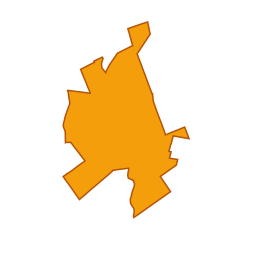 Lehliu, Calarasi, Romania, rotated 320°
{"feature_id": "2599482B77078336789858", "entity_name": "Lehliu", "entity_type": "district", "adm_level": 2, "iso_a3": "ROU", "parent_name": "Romania", "parent_adm1": "Calarasi", "projection": "natural_earth1", "projection_center": [26.817, 44.478], "detail": "fine", "context": "isolated", "style": "filled", "palette": "amber", "viewbox_px": 256, "rotation_deg": 320, "n_neighbors": 0, "source": "geoboundaries", "source_scale": "gbopen_adm2", "svg_char_len": 3772}
<svg xmlns="http://www.w3.org/2000/svg" viewBox="0 0 256 256"><g transform="rotate(320 128 128)"><path d="M75.0,200.3L81.1,200.9L119.7,204.1L121.6,185.9L141.4,187.5L141.8,187.0L142.7,186.3L145.7,184.1L145.8,184.0L144.2,182.2L143.9,181.9L143.7,181.8L143.6,181.6L143.1,180.9L140.3,177.7L145.7,174.0L144.3,172.4L144.3,172.2L150.0,168.2L150.4,168.1L152.4,166.8L157.6,163.1L167.9,175.4L172.0,163.7L164.4,161.3L158.8,159.4L152.3,157.4L153.3,155.0L153.8,153.7L154.0,153.2L154.3,152.3L154.5,151.7L154.9,150.7L155.4,149.2L156.1,147.1L156.9,145.1L158.1,141.4L161.0,133.2L164.6,123.7L168.8,117.5L168.3,117.3L169.5,114.4L170.3,111.9L174.6,99.8L175.8,96.5L175.8,96.4L178.2,89.7L179.0,87.6L180.3,83.6L182.1,78.7L182.6,77.3L182.7,77.1L183.6,76.8L197.1,72.8L201.3,71.5L202.9,71.1L204.5,70.6L205.0,70.5L205.3,70.4L205.8,69.4L207.3,66.6L208.9,63.7L211.2,59.4L209.2,58.6L206.6,57.5L204.8,56.8L203.1,56.1L201.3,55.4L198.5,54.4L196.7,53.7L195.6,53.3L194.0,52.7L192.3,52.0L191.6,51.9L191.2,52.9L190.6,54.3L190.3,55.1L188.4,59.3L187.2,61.9L184.5,67.9L184.4,67.8L172.7,65.0L168.1,64.0L168.0,63.9L166.9,64.2L165.9,64.5L164.3,65.0L162.4,65.5L159.8,66.2L157.7,66.8L155.8,67.3L154.5,67.7L154.2,67.8L152.3,68.6L149.5,69.7L148.6,70.2L147.4,70.6L147.2,70.7L146.8,71.0L146.5,71.3L146.6,68.2L146.6,66.7L146.6,66.0L146.6,65.2L147.1,64.5L147.9,63.4L148.4,62.6L149.1,61.6L149.4,61.4L150.6,60.6L151.5,60.0L152.5,59.4L153.6,58.7L153.9,57.2L149.3,56.0L145.6,55.0L144.5,54.8L144.5,54.7L144.5,54.9L144.6,55.7L144.6,56.1L143.7,55.9L137.3,54.4L129.4,52.6L128.9,54.1L127.3,59.0L126.6,61.2L125.8,63.8L124.9,66.6L124.1,68.9L123.0,72.4L122.1,75.3L121.6,76.8L121.4,77.1L114.1,69.1L109.9,64.6L106.0,60.4L105.7,60.5L105.6,61.0L105.5,61.6L105.4,61.7L104.8,62.8L103.9,64.2L103.2,65.4L102.8,65.9L101.9,67.4L101.6,67.9L100.8,69.2L100.2,70.3L99.5,71.4L99.4,71.6L99.2,71.8L97.5,72.9L96.2,73.5L94.8,74.4L90.6,76.8L88.7,77.9L88.3,78.1L86.6,79.4L85.3,80.3L84.7,80.8L84.4,81.0L82.3,82.5L80.9,83.5L80.7,83.7L79.8,84.8L79.6,85.1L79.4,85.4L79.3,85.5L79.1,86.2L78.6,87.5L78.2,88.8L77.7,90.0L77.6,90.3L77.4,90.7L77.1,91.0L76.8,91.4L76.7,91.5L75.7,92.8L75.1,93.5L74.4,94.4L73.8,95.1L73.2,95.8L72.2,97.1L71.6,97.8L70.6,99.1L71.0,99.2L71.3,99.3L71.7,99.6L72.2,100.0L73.1,100.7L73.6,101.1L73.9,101.4L74.9,102.2L74.8,104.3L74.7,106.7L74.5,110.0L74.5,111.9L74.4,114.0L74.3,116.2L74.1,120.3L74.0,121.9L73.9,123.5L73.9,125.4L73.8,125.5L73.6,125.6L72.3,125.5L69.6,125.2L66.9,125.0L57.1,124.5L56.9,124.4L55.5,124.3L53.4,124.1L52.2,123.9L51.7,123.6L51.2,123.9L49.6,123.7L47.6,123.5L47.1,123.5L46.8,127.1L46.4,132.6L46.0,137.9L45.6,142.6L45.5,143.8L44.8,151.6L47.3,151.5L49.6,151.5L54.4,151.5L55.2,151.4L55.3,151.4L58.3,151.4L58.7,151.3L59.5,151.3L69.5,151.3L74.8,151.2L78.7,151.2L82.4,151.2L85.9,151.1L86.3,151.1L86.7,151.0L86.8,151.0L87.2,151.0L87.8,151.1L88.2,151.1L88.7,150.6L89.0,150.7L89.5,150.9L89.7,151.0L90.7,151.7L92.5,152.7L96.3,155.1L97.8,156.1L99.4,157.1L101.7,158.6L102.6,159.2L101.5,160.6L99.9,161.7L99.6,162.0L99.2,162.3L98.7,163.0L98.0,163.4L97.8,163.7L97.5,164.0L97.1,164.6L96.8,165.2L96.6,165.5L96.2,166.1L96.0,166.8L96.3,167.4L96.6,167.8L96.8,168.1L97.0,168.5L97.3,169.1L97.6,169.9L97.7,170.2L97.8,170.7L98.2,170.9L98.5,171.3L98.4,171.7L98.2,172.1L98.1,172.4L97.8,172.5L97.7,172.9L97.6,173.6L97.4,174.4L97.2,174.7L95.7,176.3L95.1,176.8L94.0,177.4L93.2,177.9L92.2,178.4L90.3,179.6L88.4,180.9L87.5,181.6L87.4,181.7L86.5,182.5L86.3,182.7L84.4,183.7L84.2,183.9L83.9,184.2L83.7,184.4L83.4,184.8L82.7,185.7L82.3,186.2L81.9,186.9L81.7,187.3L81.5,187.8L81.3,188.5L81.3,188.9L81.2,189.2L81.0,190.4L81.0,191.0L80.8,192.7L80.8,192.8L80.5,193.6L80.4,193.8L80.2,194.4L79.6,195.4L79.3,195.7L79.1,195.9L78.5,196.5L77.9,197.1L77.0,197.8L76.1,198.5L75.4,199.2L75.2,200.0L75.0,200.3Z" fill="#f59e0b" stroke="#b45309" stroke-width="1.5"/></g></svg>